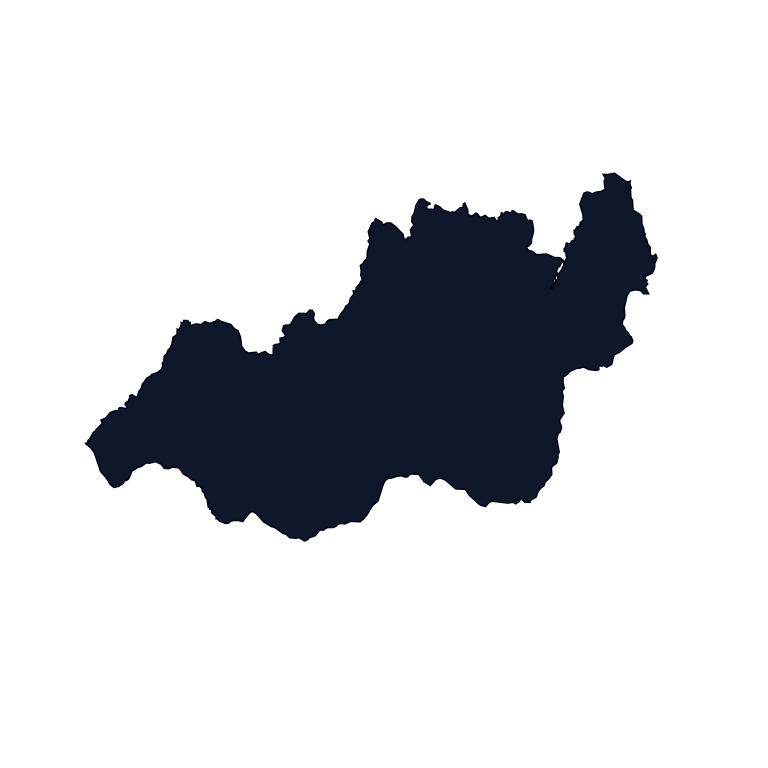 Jina, Sibiu, Romania, rotated 70°
{"feature_id": "2599482B21479866695971", "entity_name": "Jina", "entity_type": "district", "adm_level": 2, "iso_a3": "ROU", "parent_name": "Romania", "parent_adm1": "Sibiu", "projection": "natural_earth1", "projection_center": [23.667, 45.651], "detail": "fine", "context": "isolated", "style": "filled", "palette": "ink", "viewbox_px": 768, "rotation_deg": 70, "n_neighbors": 0, "source": "geoboundaries", "source_scale": "gbopen_adm2", "svg_char_len": 6130}
<svg xmlns="http://www.w3.org/2000/svg" viewBox="0 0 768 768"><g transform="rotate(70 384 384)"><path d="M542.3,279.8L537.9,276.0L535.7,272.9L534.5,268.6L531.3,266.2L529.6,262.0L526.4,257.3L520.3,255.4L519.1,254.2L517.4,248.9L512.4,245.5L509.2,244.5L508.2,242.7L494.4,240.4L490.1,237.0L489.5,235.0L486.5,232.6L485.0,231.8L479.8,231.9L477.6,231.0L473.0,224.7L465.0,223.8L456.8,219.7L452.6,219.3L451.0,218.3L449.7,216.0L443.6,215.2L438.8,213.2L437.7,208.3L435.7,205.2L435.2,196.9L436.1,194.9L436.2,190.8L440.4,186.7L443.7,180.3L444.1,177.3L440.5,176.0L441.9,172.4L441.7,171.2L444.4,168.9L443.4,163.4L435.3,157.8L434.8,152.2L432.0,144.0L430.7,137.2L428.6,135.5L424.2,135.5L423.5,136.4L419.5,137.0L416.6,138.5L413.2,138.6L410.8,139.7L408.3,139.3L405.3,137.5L404.8,136.0L402.3,134.4L394.7,132.2L384.0,125.3L380.8,121.1L381.4,115.7L383.9,111.0L387.9,109.3L389.8,104.5L381.8,105.3L380.3,102.0L378.3,102.7L376.6,101.3L374.6,102.5L374.7,103.9L373.6,103.9L373.1,102.1L372.3,102.3L371.6,93.9L367.7,90.2L363.0,88.0L358.9,84.3L355.0,84.3L355.9,87.9L353.6,89.5L346.5,87.1L342.5,88.3L338.5,87.7L334.5,88.6L332.5,87.2L330.5,87.7L326.7,86.7L322.1,87.0L314.6,84.5L311.2,86.1L305.9,90.5L296.1,87.6L294.3,88.3L292.8,88.0L285.3,85.8L284.3,84.6L280.0,84.5L277.5,83.1L277.6,85.6L276.4,87.4L264.8,95.3L263.7,102.1L262.0,106.4L266.3,105.5L268.8,107.8L276.8,109.7L277.3,114.0L276.2,119.4L276.6,122.7L273.0,127.3L273.0,130.8L281.9,138.5L293.3,139.2L298.2,140.8L299.5,144.6L300.3,144.4L302.5,146.5L302.4,148.9L305.4,152.5L304.9,152.8L307.9,153.8L311.6,153.4L312.3,155.4L314.0,155.8L313.8,158.2L315.9,161.7L313.9,164.4L317.6,166.8L318.6,168.5L320.8,169.3L322.0,168.2L323.2,168.7L324.6,168.0L325.5,169.0L328.7,169.0L328.9,170.5L330.4,171.0L330.7,172.5L329.9,173.1L334.2,174.6L335.2,176.3L337.0,177.4L340.9,183.5L343.5,184.2L348.1,187.3L346.4,186.4L344.9,186.4L346.5,187.2L344.8,187.0L351.4,192.6L352.0,195.5L351.1,195.5L349.9,193.1L348.5,192.5L348.5,191.2L344.9,189.9L340.4,184.3L338.7,183.3L336.6,183.3L335.1,181.3L333.7,181.0L333.8,178.9L330.9,176.0L330.2,173.6L329.2,173.1L325.5,175.6L323.4,180.5L317.4,186.9L314.8,196.2L310.5,198.8L307.7,202.6L305.0,203.4L303.4,201.7L303.9,200.7L302.8,200.2L303.0,198.9L302.2,199.0L302.0,197.3L298.5,195.9L292.2,191.5L287.9,190.0L281.5,189.1L279.9,190.7L280.0,192.3L279.1,193.3L273.3,193.6L271.3,196.2L270.0,200.2L265.2,203.5L265.3,204.9L266.9,206.5L264.0,209.5L263.9,211.0L265.2,213.1L263.1,215.1L266.0,216.8L267.0,219.8L269.6,220.8L269.7,221.7L268.3,223.0L265.2,223.4L264.2,228.9L260.1,231.3L260.6,234.8L259.8,236.9L256.0,238.0L254.8,239.4L256.0,242.2L255.9,244.6L254.6,246.0L252.6,247.1L249.5,245.8L241.6,246.1L242.0,247.8L245.1,249.4L244.4,252.2L246.9,258.8L245.6,260.9L245.6,263.0L240.8,268.9L236.3,271.2L233.4,274.1L233.6,275.0L237.1,277.0L234.6,283.4L233.5,283.8L230.7,282.5L230.7,279.2L230.0,278.9L226.4,282.3L224.1,283.3L223.2,284.7L222.8,287.6L226.9,292.7L233.9,297.3L236.4,300.4L240.9,302.4L244.7,301.5L248.1,306.4L255.2,307.6L254.3,311.4L256.2,313.9L253.6,315.5L249.7,314.9L240.1,319.3L235.0,322.6L233.5,326.5L234.5,330.4L231.1,330.8L225.8,335.2L226.0,336.0L228.0,336.9L228.8,340.2L235.5,346.7L242.6,347.5L244.2,350.1L247.4,349.3L253.7,354.3L258.9,356.4L260.8,358.0L261.5,360.2L263.7,362.6L264.4,365.6L269.7,366.7L274.1,368.7L278.0,368.5L281.5,372.7L283.9,377.0L287.0,378.9L285.9,381.0L289.3,381.8L291.8,386.1L296.5,389.3L298.1,393.8L299.7,394.9L304.9,402.8L307.5,404.8L304.9,413.3L305.5,415.8L307.7,418.7L306.9,423.8L304.9,426.2L301.1,427.9L297.9,427.8L294.1,425.4L290.1,426.3L289.1,428.7L291.0,431.8L291.1,433.1L288.5,439.8L290.5,445.0L295.7,451.0L296.1,453.6L295.0,456.4L295.0,458.5L299.3,461.3L304.9,459.9L306.0,462.4L305.4,466.1L310.7,467.6L309.7,472.8L310.1,474.8L319.2,478.5L316.0,482.9L312.8,484.5L312.7,488.8L313.5,492.0L310.4,493.2L308.5,500.8L305.6,503.3L300.0,504.8L290.7,502.8L284.0,503.0L281.1,505.5L275.8,507.5L268.6,516.7L266.9,517.5L266.7,519.7L267.5,520.6L267.2,527.5L264.2,530.8L265.6,535.5L263.3,540.0L263.0,543.5L263.6,544.8L262.2,545.5L259.8,545.1L259.4,546.4L257.3,546.6L255.8,550.5L258.2,552.0L256.8,553.7L258.4,554.0L262.7,557.5L261.6,559.6L265.9,561.2L267.3,563.2L267.8,566.1L273.9,569.7L277.0,572.6L278.4,575.5L281.5,578.1L282.4,580.8L287.1,583.0L288.9,585.3L290.9,585.5L294.2,588.1L295.7,593.0L295.6,598.9L296.9,601.4L297.1,604.5L298.6,605.8L298.2,606.5L299.7,607.8L301.3,611.0L305.0,613.5L306.9,616.6L311.8,620.4L311.0,622.0L307.9,624.3L307.9,626.9L309.9,627.6L312.9,630.5L313.0,632.7L314.5,634.3L317.3,633.6L318.5,634.0L318.8,635.3L316.2,638.9L315.9,640.8L316.4,641.9L317.8,642.4L318.2,644.0L317.1,645.1L317.2,651.0L320.9,657.5L321.1,662.3L324.3,662.1L325.0,662.8L328.4,670.2L329.8,671.4L329.9,673.5L334.9,679.2L335.8,681.5L338.3,683.1L337.5,684.3L337.9,684.9L343.7,681.4L349.7,679.7L369.4,680.2L376.8,677.2L385.2,675.5L388.9,673.1L389.4,668.3L388.3,663.4L386.5,660.9L386.4,658.0L385.5,656.0L379.6,650.6L378.1,643.4L378.5,640.3L376.8,634.5L378.2,631.5L379.0,624.9L383.4,620.8L388.1,619.4L389.9,615.6L389.9,611.1L392.0,606.5L394.9,604.4L399.7,603.6L404.0,599.7L408.0,597.7L410.4,594.5L416.3,594.7L416.7,592.5L419.6,590.8L422.9,591.4L425.2,590.2L429.3,590.5L431.9,589.7L439.7,591.3L441.1,590.0L442.3,590.5L443.1,588.9L446.2,589.8L451.2,587.1L453.2,587.9L454.3,586.4L456.6,585.5L460.8,580.6L461.6,577.5L460.6,575.8L460.7,572.5L462.3,567.9L464.9,563.8L459.5,555.2L458.7,552.7L459.3,550.5L462.3,548.3L472.6,544.2L479.4,538.7L481.8,535.5L490.1,529.8L491.8,527.3L496.2,525.2L498.5,520.3L499.4,516.3L504.2,512.6L504.3,509.2L502.9,506.9L503.1,500.5L499.7,495.1L499.4,493.5L500.6,491.5L499.6,486.3L501.5,480.6L501.4,478.4L500.0,474.7L500.4,472.0L502.1,468.6L501.7,462.1L505.3,453.7L504.1,450.0L501.3,445.0L494.3,436.3L491.9,429.7L477.4,418.5L475.0,415.6L474.1,412.2L474.9,409.9L475.2,403.0L476.3,398.8L478.8,395.7L479.3,393.3L478.3,392.2L477.8,389.2L481.1,382.1L489.4,379.8L495.2,375.2L491.3,368.1L491.5,363.3L495.3,359.1L507.1,352.5L510.9,343.4L517.1,342.2L528.2,336.5L530.8,334.8L533.9,330.6L531.0,325.3L531.2,322.3L538.2,308.5L539.4,303.0L541.7,301.2L540.6,297.1L538.2,294.3L543.2,292.2L545.2,287.2L543.6,286.7L542.3,279.8Z" fill="#0f172a" stroke="#020617" stroke-width="1.5"/></g></svg>